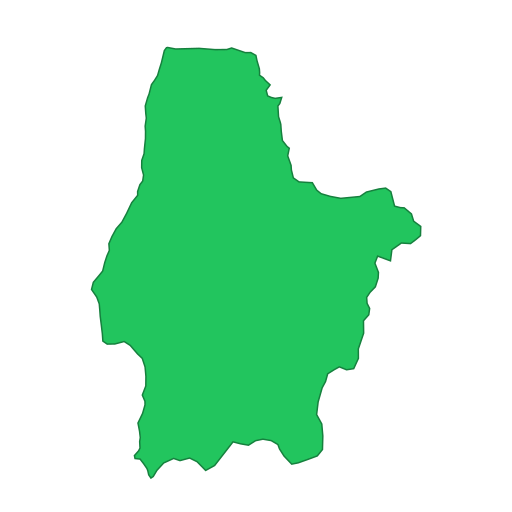 Pissouri, Limassol, Cyprus, rotated 86°
{"feature_id": "46923920B91138385914962", "entity_name": "Pissouri", "entity_type": "district", "adm_level": 2, "iso_a3": "CYP", "parent_name": "Cyprus", "parent_adm1": "Limassol", "projection": "natural_earth1", "projection_center": [32.701, 34.673], "detail": "fine", "context": "isolated", "style": "filled", "palette": "green", "viewbox_px": 512, "rotation_deg": 86, "n_neighbors": 0, "source": "geoboundaries", "source_scale": "gbopen_adm2", "svg_char_len": 2305}
<svg xmlns="http://www.w3.org/2000/svg" viewBox="0 0 512 512"><g transform="rotate(86 256 256)"><path d="M41.8,329.7L42.0,330.8L44.7,333.1L49.1,334.5L56.7,336.9L62.8,339.3L69.1,341.6L73.9,345.1L77.7,348.3L87.1,351.4L90.4,353.0L98.6,356.0L106.2,356.0L110.8,355.8L118.7,357.5L124.0,357.5L131.4,358.1L141.0,359.8L146.1,360.5L152.7,363.3L159.9,363.9L167.4,362.5L173.3,363.8L176.7,366.8L183.4,369.6L187.2,369.8L194.2,376.3L204.5,382.1L212.9,387.4L219.0,393.5L226.5,398.3L233.5,401.9L240.2,401.9L245.5,404.7L251.9,407.3L260.3,410.0L264.5,413.9L270.9,420.1L277.9,422.4L285.9,417.7L292.8,415.7L299.8,415.6L305.2,415.6L314.7,415.1L322.8,414.7L330.2,414.7L333.5,410.6L333.9,402.9L332.1,393.5L336.4,387.7L345.4,381.0L350.2,376.6L358.9,374.4L368.5,374.2L378.0,375.0L386.8,379.1L393.2,376.9L396.8,377.1L405.1,380.1L414.4,385.4L422.6,384.4L429.1,384.1L433.0,385.0L439.5,385.1L442.2,386.7L446.6,391.2L449.6,390.8L450.5,385.8L455.3,382.6L460.4,379.6L462.7,378.9L466.8,378.3L470.2,376.3L469.6,375.3L468.8,373.9L462.9,369.8L456.0,362.5L452.2,352.3L454.8,346.1L452.9,336.3L457.1,329.1L466.4,321.2L462.1,311.9L439.8,291.9L442.3,284.4L444.2,276.7L440.2,269.3L439.2,261.9L441.2,253.7L445.6,247.3L450.1,246.0L457.5,242.0L466.1,234.9L465.3,228.4L462.4,218.0L459.7,208.8L455.4,204.8L453.7,203.2L440.2,201.9L428.2,202.1L418.4,206.6L405.9,204.2L392.1,199.2L386.1,195.4L378.5,192.7L374.9,186.0L372.4,180.6L375.8,173.6L375.2,166.4L365.3,161.0L355.8,160.4L340.5,154.0L328.1,153.3L322.5,147.6L316.3,146.3L311.0,148.5L305.0,148.5L300.2,144.8L295.1,139.1L286.6,135.7L280.9,135.0L271.4,137.9L264.6,134.7L270.2,122.2L259.2,120.0L253.2,110.1L254.4,101.0L250.9,95.6L247.2,90.5L238.0,89.6L232.3,96.3L224.9,98.0L218.3,104.8L217.8,108.7L215.9,114.3L201.2,117.0L197.3,121.9L197.7,128.7L199.9,141.4L203.9,148.2L204.4,167.4L201.7,177.8L198.4,186.7L194.6,190.8L186.8,194.7L186.0,201.1L185.1,207.9L180.7,213.3L172.7,214.7L168.0,214.7L158.3,217.4L150.8,215.3L148.9,217.4L142.7,221.6L133.2,222.1L126.5,222.1L124.6,222.4L118.6,223.8L107.9,223.7L105.5,221.6L99.6,219.3L100.1,225.9L98.9,229.7L97.1,233.2L91.4,234.3L86.3,230.0L81.6,234.4L78.8,236.3L75.9,239.9L73.4,239.6L69.5,239.6L61.2,241.4L55.9,242.1L52.7,247.0L52.4,252.5L46.8,265.8L48.0,270.7L47.3,282.3L44.9,298.3L43.9,321.7L41.8,329.7Z" fill="#22c55e" stroke="#15803d" stroke-width="1.5"/></g></svg>